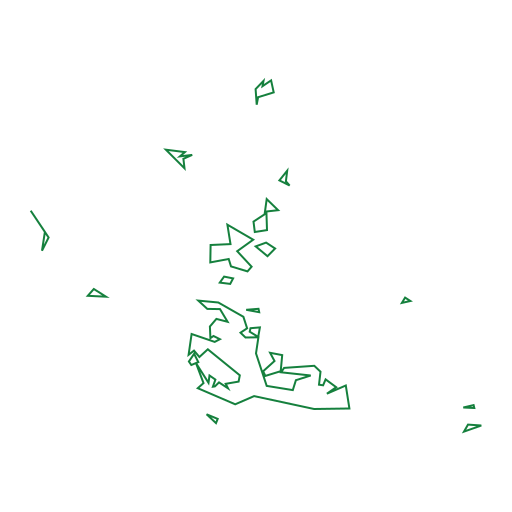 Dahlak, Semenawi Keyih Bahri, Eritrea
{"feature_id": "51966322B75113483561318", "entity_name": "Dahlak", "entity_type": "district", "adm_level": 2, "iso_a3": "ERI", "parent_name": "Eritrea", "parent_adm1": "Semenawi Keyih Bahri", "projection": "mercator", "projection_center": [40.14, 15.965], "detail": "medium", "context": "isolated", "style": "outline", "palette": "green", "viewbox_px": 512, "rotation_deg": 0, "n_neighbors": 0, "source": "geoboundaries", "source_scale": "gbopen_adm2", "svg_char_len": 1918}
<svg xmlns="http://www.w3.org/2000/svg" viewBox="0 0 512 512"><path d="M207.8,349.3L239.8,375.3L238.6,381.6L225.7,383.8L228.0,388.3L219.0,382.4L214.9,386.4L212.9,386.7L215.4,379.6L209.5,375.5L208.5,382.8L196.0,363.1L203.5,383.1L197.8,388.2L235.2,404.3L254.1,396.1L314.1,409.0L349.4,408.5L345.8,385.5L326.9,393.7L336.2,387.2L325.6,379.4L323.1,385.3L319.0,384.7L320.5,371.7L314.3,365.8L284.1,367.9L281.1,372.3L310.7,375.5L295.9,380.2L292.8,390.1L266.7,385.9L256.0,353.4L258.4,337.3L245.5,337.5L240.5,332.7L247.1,328.3L243.4,316.8L218.3,302.5L198.3,300.6L207.3,308.9L220.0,309.1L227.6,321.8L216.4,318.9L209.9,326.5L210.4,338.1L213.5,336.0L219.9,339.2L214.7,341.9L191.6,334.0L188.6,354.8L194.0,350.6L199.4,357.0L207.8,349.3ZM253.2,239.7L227.4,224.7L230.5,244.1L210.6,245.0L210.3,262.4L228.7,259.0L231.0,266.4L247.5,271.4L251.6,266.7L237.2,251.2L253.2,239.7ZM278.1,210.2L266.7,199.1L264.6,214.3L253.5,221.6L254.8,232.0L267.0,230.1L266.4,211.5L278.1,210.2ZM282.2,355.1L270.1,352.8L274.5,361.0L263.1,371.3L265.4,375.9L280.7,371.2L282.2,355.1ZM263.5,80.9L255.6,89.1L256.7,104.7L258.1,97.2L273.7,92.4L271.1,80.4L262.5,86.2L263.5,80.9ZM184.9,152.1L165.9,149.7L184.5,168.3L183.4,158.8L192.2,154.9L179.9,156.4L184.9,152.1ZM48.6,237.5L30.7,210.7L44.9,231.9L42.0,250.7L48.6,237.5ZM266.1,242.6L255.7,246.4L267.5,256.2L275.1,248.5L266.1,242.6ZM106.0,296.7L93.8,289.0L87.8,295.8L106.0,296.7ZM481.3,425.5L468.0,424.6L464.0,431.6L481.3,425.5ZM287.2,170.7L279.4,180.4L289.6,185.5L285.9,181.3L287.2,170.7ZM259.9,327.4L250.5,328.2L249.7,331.7L258.2,336.9L259.9,327.4ZM233.1,278.4L224.1,276.6L219.8,282.6L230.2,283.9L233.1,278.4ZM258.5,308.8L246.2,309.8L259.2,312.2L258.5,308.8ZM401.9,302.9L410.4,301.0L405.1,297.6L401.9,302.9ZM217.7,418.9L206.6,414.3L216.0,423.1L217.7,418.9ZM194.1,353.8L188.9,361.5L191.3,365.0L198.3,362.1L194.1,353.8ZM473.6,405.1L463.3,407.5L474.3,408.0L473.6,405.1Z" fill="none" stroke="#15803d" stroke-width="2"/></svg>